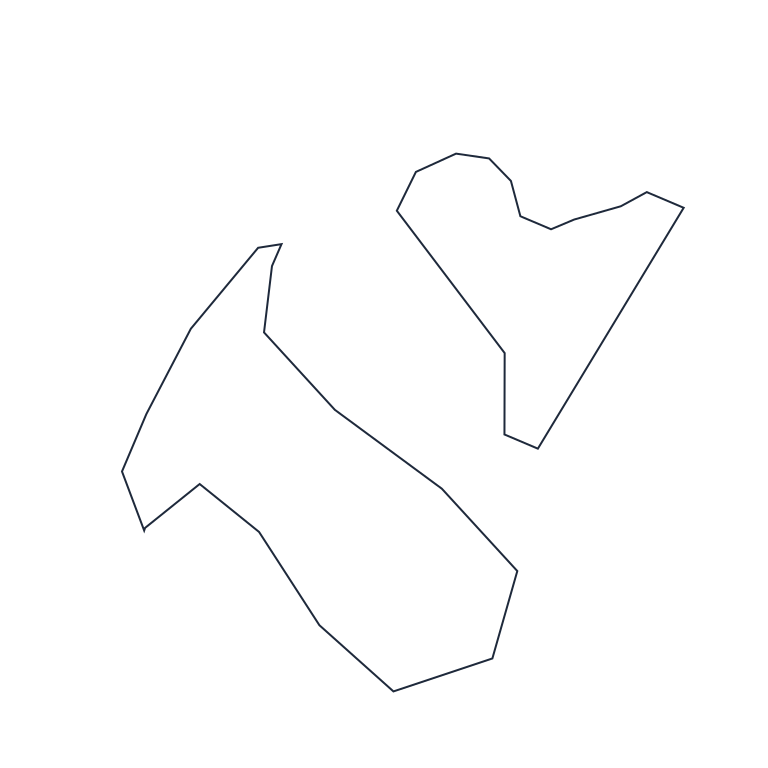 the Unitary Authority of Portsmouth, rotated 293°
{"feature_id": "GBR-2759", "entity_name": "Portsmouth", "entity_type": "Unitary Authority", "adm_level": 1, "iso_a3": "GBR", "parent_name": "United Kingdom", "parent_adm1": "", "projection": "mercator", "projection_center": [-1.012, 50.819], "detail": "fine", "context": "isolated", "style": "outline", "palette": "slate", "viewbox_px": 768, "rotation_deg": 293, "n_neighbors": 0, "source": "natural_earth", "source_scale": "10m", "svg_char_len": 563}
<svg xmlns="http://www.w3.org/2000/svg" viewBox="0 0 768 768"><g transform="rotate(293 384 384)"><path d="M472.7,235.0L448.8,234.8L384.6,253.4L341.0,348.9L310.2,478.2L263.9,579.8L173.7,591.0L104.7,512.8L136.7,418.8L199.0,326.8L219.9,253.4L158.2,220.3L155.4,220.5L201.1,177.0L263.5,177.0L359.4,184.6L460.2,214.9L472.7,235.0ZM591.7,444.0L591.7,477.3L609.7,494.8L640.1,532.5L663.3,550.9L663.3,591.0L384.6,550.9L384.6,514.6L459.6,483.0L548.5,328.1L591.7,330.5L624.2,360.3L632.7,392.6L620.5,421.5L591.7,444.0Z" fill="none" stroke="#1e293b" stroke-width="2"/></g></svg>